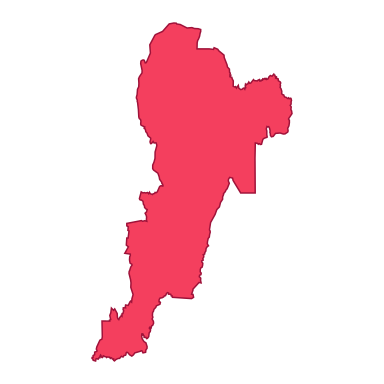 outline of Thong Nhat, Đồng Nai, Vietnam
{"feature_id": "81297802B78615286204020", "entity_name": "Thong Nhat", "entity_type": "district", "adm_level": 2, "iso_a3": "VNM", "parent_name": "Vietnam", "parent_adm1": "Đồng Nai", "projection": "equal_earth", "projection_center": [107.157, 10.974], "detail": "fine", "context": "isolated", "style": "filled", "palette": "rose", "viewbox_px": 384, "rotation_deg": 0, "n_neighbors": 0, "source": "geoboundaries", "source_scale": "gbopen_adm2", "svg_char_len": 5979}
<svg xmlns="http://www.w3.org/2000/svg" viewBox="0 0 384 384"><path d="M191.6,298.6L193.6,297.3L193.0,294.4L191.6,294.2L193.0,290.1L192.9,289.2L199.0,282.5L201.1,282.9L200.6,280.6L200.7,278.1L199.3,276.8L199.6,275.2L200.9,274.7L201.2,273.1L200.2,271.8L200.3,269.3L201.0,267.7L202.1,267.2L202.6,265.4L202.8,263.2L201.8,262.0L201.7,260.9L203.2,260.1L202.8,258.6L203.7,257.1L203.8,255.8L203.2,254.7L204.7,254.0L204.8,252.6L205.8,251.1L206.1,248.4L207.3,246.6L208.5,245.8L207.3,243.8L207.5,241.5L208.2,238.4L209.3,237.1L209.6,234.5L210.2,232.3L210.1,230.9L209.6,230.2L209.5,229.5L210.6,222.5L215.1,214.4L216.8,209.6L219.4,206.9L220.5,202.5L222.6,199.3L222.6,196.9L223.6,194.5L223.5,193.7L225.3,191.6L225.9,190.1L227.1,188.8L228.0,186.6L229.3,183.3L228.3,180.9L228.6,179.0L229.7,177.4L232.6,178.1L233.1,180.5L240.7,193.0L255.2,193.0L255.0,158.0L255.3,143.0L257.3,143.3L258.3,144.2L258.7,143.7L259.6,143.7L260.2,144.5L261.5,144.3L262.9,139.3L264.3,138.2L267.0,137.3L267.2,137.0L266.8,134.7L266.8,131.0L266.3,129.1L266.4,128.1L266.8,127.5L267.0,126.5L267.9,126.9L268.7,126.6L269.5,128.1L270.1,130.8L269.9,132.4L270.3,133.5L270.4,135.4L271.4,136.8L273.2,136.4L275.5,133.4L280.1,133.0L283.3,134.0L285.0,133.9L287.7,132.1L288.1,130.9L287.7,128.2L288.9,125.9L289.4,122.7L289.4,120.2L288.6,119.4L288.6,118.7L292.0,113.6L291.6,110.9L290.9,109.4L291.2,106.9L290.2,105.3L291.1,104.1L291.1,101.7L291.5,100.4L291.0,98.4L290.4,98.2L289.6,98.7L288.6,97.9L288.4,98.5L287.6,98.5L286.3,97.4L284.5,96.9L283.7,94.9L282.7,94.7L281.7,93.7L281.8,91.3L281.0,88.7L280.1,87.4L280.5,85.8L280.1,84.6L280.6,83.5L280.6,82.5L280.1,81.8L278.3,80.7L278.2,78.9L276.7,78.5L276.5,77.2L275.6,77.9L275.6,76.5L275.1,76.3L274.9,75.2L274.3,75.0L273.8,74.1L272.0,76.2L270.3,75.5L268.7,77.2L268.1,78.8L266.8,79.4L266.6,78.7L266.0,78.3L265.6,78.5L266.0,79.2L265.8,79.3L264.4,78.5L263.9,79.2L262.8,78.8L262.5,80.2L261.4,80.0L261.2,80.8L259.9,81.1L259.5,79.6L258.8,80.1L258.3,79.9L257.3,80.9L254.3,80.6L253.5,79.6L250.9,82.9L250.2,83.3L249.5,83.2L248.8,82.0L247.7,84.0L247.0,84.0L246.1,84.9L245.5,84.2L245.2,86.1L245.7,87.7L245.1,88.0L244.8,89.1L244.1,88.0L243.1,88.3L242.1,89.3L240.7,89.6L238.8,88.1L238.3,85.4L236.4,88.1L235.6,86.6L234.8,87.0L233.2,86.3L233.3,80.9L232.2,78.8L231.8,77.3L229.9,76.7L230.0,76.1L230.8,75.2L229.9,74.9L230.3,73.1L229.6,72.4L229.4,69.1L227.5,67.1L227.0,64.7L224.2,57.5L224.0,55.1L218.9,50.9L217.7,49.2L214.1,47.7L213.5,49.4L209.3,48.9L197.0,48.9L197.2,42.6L197.7,40.4L198.5,39.1L199.6,36.2L200.0,33.7L200.7,31.5L200.7,29.5L198.1,28.7L194.4,28.5L191.9,27.6L187.1,28.0L180.2,24.5L176.8,24.0L176.3,23.2L173.9,23.0L169.2,23.9L162.6,31.4L155.7,34.5L154.9,35.2L149.8,44.8L150.4,53.1L146.8,61.5L146.1,62.7L145.2,62.9L144.3,60.3L143.1,59.9L141.3,60.7L140.9,61.5L140.7,63.7L142.1,70.4L142.0,72.9L139.5,76.6L138.6,78.7L138.9,83.4L138.7,86.8L137.5,89.3L137.1,94.6L136.4,97.1L136.4,98.1L137.3,100.1L137.2,101.3L137.6,102.6L138.4,109.6L138.8,117.0L139.3,118.6L140.5,119.5L140.9,121.1L140.7,124.1L141.1,125.2L144.8,127.0L144.1,128.1L144.2,128.5L145.3,129.1L145.8,131.7L147.0,133.1L148.0,135.9L150.6,138.0L150.7,139.0L150.0,141.9L150.6,143.6L151.5,143.5L153.1,141.5L154.1,143.0L156.0,142.8L156.7,144.6L156.8,145.8L155.1,152.0L155.0,158.4L154.0,162.1L152.7,165.1L152.7,168.7L153.6,170.1L157.9,173.2L159.2,176.9L159.6,179.3L161.7,182.3L161.9,183.5L162.6,184.2L163.0,185.9L162.3,186.1L161.3,185.7L160.3,186.0L159.5,186.8L157.4,191.6L156.7,192.4L156.1,192.7L155.1,192.4L154.6,193.4L152.8,194.0L152.5,194.5L150.2,193.7L149.6,192.5L149.4,193.1L149.1,192.9L148.6,193.7L147.6,192.5L145.7,193.0L144.5,192.6L142.9,192.9L141.2,191.9L139.4,198.6L139.7,199.5L140.3,200.0L141.4,200.0L143.0,201.3L143.4,204.2L144.4,205.7L144.6,207.5L146.0,209.0L147.2,209.5L146.4,212.1L145.1,213.2L146.3,215.6L146.6,217.2L146.4,219.4L146.8,221.3L144.8,220.7L142.7,221.3L141.4,220.6L126.8,223.4L126.8,225.9L128.2,226.7L127.9,230.4L129.0,231.0L128.1,238.0L126.8,238.0L126.3,245.1L128.4,246.8L124.8,253.3L130.3,254.1L130.3,255.6L129.7,256.8L129.5,259.8L129.8,261.8L130.2,263.3L131.8,264.2L132.0,265.2L130.7,267.1L129.6,270.8L129.2,271.2L129.0,273.4L130.6,279.8L131.0,282.9L130.8,287.4L133.1,294.6L132.0,298.4L131.6,302.1L130.6,301.1L130.0,301.8L128.2,305.4L125.6,305.0L125.3,306.8L125.6,307.8L123.3,307.8L123.1,309.7L123.7,310.7L122.9,313.5L122.1,313.6L122.0,315.7L121.6,315.1L121.2,315.3L121.1,316.3L119.8,317.3L118.8,319.6L117.8,318.7L117.4,317.1L117.2,313.5L114.7,308.9L113.5,310.3L111.4,308.1L110.8,312.8L109.8,315.4L110.7,319.6L109.5,320.2L109.7,321.1L102.0,321.0L102.3,336.8L101.9,339.2L100.1,340.0L99.6,340.8L96.8,346.9L96.3,349.1L97.0,350.5L96.8,351.4L94.7,352.1L94.6,354.7L93.1,355.5L93.1,357.4L92.1,357.5L92.0,358.3L93.1,359.5L93.2,360.3L95.6,361.0L96.0,358.9L96.9,358.6L98.1,359.2L99.0,357.8L99.9,357.8L99.9,356.4L100.6,355.0L101.0,355.5L101.1,356.8L102.2,357.6L102.9,357.0L103.0,356.1L103.5,355.8L105.0,356.7L106.1,356.8L106.6,357.5L107.2,357.0L109.6,357.2L110.3,358.4L111.1,357.7L111.7,358.0L112.4,359.1L113.6,358.9L113.6,360.3L114.5,360.9L116.1,359.4L118.1,358.5L119.6,358.4L121.3,356.3L123.0,357.0L124.0,355.5L125.6,355.2L126.0,354.2L126.1,353.0L126.7,352.3L127.7,352.5L129.6,354.8L131.8,356.1L133.4,354.9L134.8,352.9L140.6,351.2L141.1,350.7L141.9,350.8L143.0,352.9L145.6,352.3L145.9,349.9L147.0,348.4L147.1,346.6L145.9,342.8L144.0,341.6L142.2,338.8L141.6,336.2L141.8,333.9L142.7,333.8L143.3,334.4L143.1,335.3L144.1,335.9L144.1,337.4L145.9,337.3L146.5,338.6L147.4,338.4L148.7,336.7L149.2,332.8L150.2,331.7L150.5,330.4L150.3,329.2L149.4,328.5L149.4,327.8L149.9,327.2L150.6,328.3L151.0,328.4L151.7,325.8L152.7,325.3L153.6,323.2L153.4,321.3L152.1,319.0L152.9,317.2L152.4,315.7L152.6,312.6L153.5,311.2L153.9,309.4L155.8,307.4L156.4,305.8L159.9,304.3L160.4,302.4L159.7,301.7L159.1,301.8L159.0,301.0L159.2,299.5L160.0,298.1L162.0,297.8L163.7,296.9L164.4,295.8L165.5,295.7L166.6,293.3L167.7,292.6L168.6,293.1L168.5,294.2L170.7,294.2L171.3,295.9L172.0,295.8L172.4,297.3L191.6,298.6Z" fill="#f43f5e" stroke="#9f1239" stroke-width="1.5"/></svg>